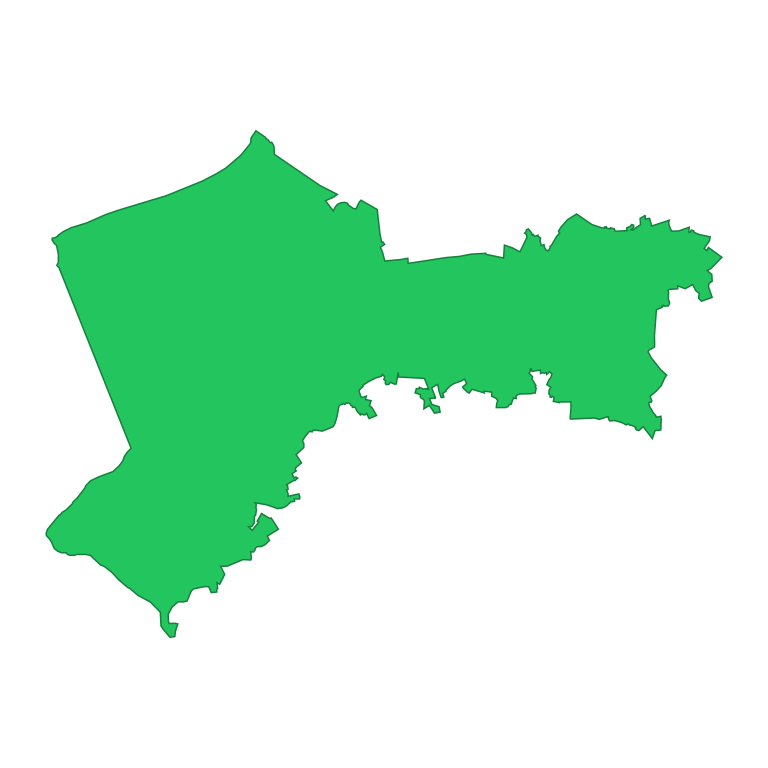 Los Córdobas, Córdoba, Colombia
{"feature_id": "7082276B12628358742837", "entity_name": "Los Córdobas", "entity_type": "district", "adm_level": 2, "iso_a3": "COL", "parent_name": "Colombia", "parent_adm1": "Córdoba", "projection": "albers", "projection_center": [-76.259, 8.823], "detail": "fine", "context": "isolated", "style": "filled", "palette": "green", "viewbox_px": 768, "rotation_deg": 0, "n_neighbors": 0, "source": "geoboundaries", "source_scale": "gbopen_adm2", "svg_char_len": 6092}
<svg xmlns="http://www.w3.org/2000/svg" viewBox="0 0 768 768"><path d="M576.5,214.0L567.5,219.7L561.0,227.1L558.4,231.2L559.6,233.2L556.5,236.6L551.4,245.4L550.2,246.1L550.1,247.7L548.4,250.7L546.0,250.1L544.3,246.9L544.0,244.6L541.3,245.7L540.1,240.6L540.6,238.1L538.2,236.3L538.0,235.2L534.7,236.4L533.3,234.4L531.9,235.1L531.6,232.8L528.3,228.9L526.4,229.8L526.0,231.9L524.6,233.1L526.6,234.6L527.0,237.3L519.9,251.9L512.3,247.8L504.4,245.1L503.6,258.0L485.9,254.3L485.7,253.3L470.7,254.2L459.5,256.4L446.7,257.5L408.2,263.4L407.8,258.3L400.1,259.6L384.8,261.0L382.4,251.8L380.3,247.1L384.7,244.4L382.9,241.9L381.6,242.2L380.0,234.1L377.2,209.5L361.0,200.2L359.3,202.1L355.9,209.0L353.5,208.6L348.8,205.3L347.2,203.1L344.3,202.3L340.5,202.9L337.6,204.3L335.2,207.0L333.3,210.9L325.5,200.8L333.7,197.0L337.3,194.4L319.6,185.3L274.4,154.4L274.0,146.6L272.3,143.0L271.6,142.3L270.2,142.6L268.0,139.8L265.8,138.4L265.7,137.5L255.9,130.8L251.6,137.2L250.9,139.0L250.8,142.5L249.8,144.2L240.8,155.3L225.6,168.2L216.3,173.8L202.0,181.2L166.0,195.8L118.1,210.3L105.9,214.5L86.5,223.0L71.2,227.7L63.3,231.6L58.0,235.4L57.8,236.2L54.6,237.9L52.3,238.1L52.1,240.0L54.3,243.4L56.6,245.5L58.4,254.7L58.3,262.5L56.8,265.3L59.0,267.7L131.1,448.3L127.2,452.2L124.5,456.1L122.7,461.1L118.9,466.1L112.9,471.6L98.8,476.8L90.5,480.8L85.6,485.9L84.8,488.2L76.9,498.3L73.2,501.8L72.4,503.7L66.0,510.0L62.2,512.3L60.7,514.3L58.8,515.5L47.6,529.1L46.1,533.4L46.5,535.7L49.6,539.1L51.9,542.9L54.3,548.6L57.8,551.3L61.6,552.8L65.8,552.7L67.8,554.6L69.7,555.3L74.3,555.3L76.2,554.5L85.7,554.4L90.4,555.4L100.4,564.9L104.3,566.4L112.0,572.5L119.0,580.1L127.5,587.3L130.2,588.8L138.3,595.6L150.3,602.0L160.3,612.2L161.0,626.0L162.9,628.9L169.9,637.2L174.4,636.7L174.9,636.4L175.3,631.7L177.8,623.9L175.3,623.3L169.0,623.5L168.4,620.9L168.2,614.3L172.1,607.1L178.1,601.8L183.6,601.9L187.0,601.1L191.4,590.8L193.8,588.8L204.8,586.6L208.0,586.7L208.9,587.0L211.2,592.6L216.8,592.0L216.7,589.5L217.7,588.5L217.0,582.8L219.7,584.3L224.7,574.4L220.6,566.3L227.1,566.2L242.9,559.6L250.8,560.0L251.4,558.7L250.7,551.7L253.3,552.1L254.8,550.4L255.6,547.9L257.2,546.7L261.5,546.5L265.2,544.6L269.5,540.4L267.3,536.1L278.4,529.2L271.2,518.0L269.6,518.4L261.5,513.5L257.2,521.2L258.7,522.2L252.2,530.3L248.7,526.8L251.9,526.5L254.1,523.2L254.5,516.4L255.6,515.0L256.5,509.7L255.9,507.8L256.3,504.6L255.1,502.8L266.9,504.8L277.4,508.6L282.3,508.0L286.0,506.3L290.8,502.0L294.6,501.3L294.4,498.9L299.5,499.0L299.9,497.1L298.9,493.9L288.1,496.3L288.1,493.8L286.6,490.0L288.1,489.4L287.4,484.8L285.9,485.1L294.2,480.2L295.0,480.6L297.7,478.1L296.0,477.0L293.8,477.7L292.1,473.6L296.3,470.9L295.3,470.1L295.7,467.6L301.5,462.9L296.1,454.6L303.8,447.6L303.9,443.7L302.5,440.8L304.9,436.8L309.5,431.3L312.2,431.9L312.9,430.4L315.1,430.1L322.4,431.1L333.0,426.8L335.0,423.4L337.1,416.3L338.9,406.2L340.3,404.8L342.3,404.3L343.2,403.4L344.8,404.5L346.2,403.0L347.4,403.3L348.2,402.8L349.8,403.4L351.0,405.5L351.9,405.7L352.5,407.4L354.6,407.2L355.9,408.4L356.7,410.8L360.2,414.8L360.5,414.0L361.1,414.6L362.5,414.1L363.4,414.9L365.1,414.8L366.6,413.4L369.1,418.6L376.6,415.5L372.2,407.9L369.5,405.6L371.1,400.7L365.5,399.5L366.3,396.1L363.4,397.2L361.1,397.2L359.0,391.1L359.9,389.4L363.1,386.4L362.7,385.4L369.5,381.1L376.0,377.9L381.5,376.2L382.5,374.4L384.7,376.9L383.8,379.6L385.6,380.6L385.2,382.9L386.0,384.5L388.6,384.5L390.6,382.3L394.2,384.1L396.3,384.0L398.1,372.4L398.7,377.0L424.4,378.4L428.7,389.1L427.4,389.4L427.3,388.6L423.1,389.0L419.5,387.3L419.2,388.3L416.3,388.8L415.1,392.9L420.3,394.6L420.4,397.5L423.4,399.4L424.4,400.9L423.9,408.8L429.4,405.4L434.5,413.2L440.1,412.1L439.1,406.7L431.9,404.5L429.4,398.4L435.1,398.3L434.8,397.4L435.4,397.3L431.7,387.9L436.6,384.8L437.7,384.5L439.0,391.1L441.0,397.3L442.0,397.7L443.9,397.0L442.7,393.3L446.0,391.2L445.9,390.2L450.6,385.6L453.7,383.7L461.4,380.9L464.3,379.1L466.6,383.0L465.3,384.8L462.8,386.7L463.0,388.0L467.6,392.3L469.2,393.1L472.0,389.3L484.2,392.9L483.8,391.9L484.3,391.2L491.7,392.1L491.7,396.2L496.0,398.3L497.7,400.6L496.7,403.7L496.3,407.6L505.7,407.6L508.1,406.6L509.5,404.3L511.1,404.3L513.5,398.0L516.2,398.5L516.0,396.4L516.6,395.3L519.6,394.0L531.8,393.7L533.2,392.9L535.1,393.2L536.2,388.3L535.2,386.7L536.0,385.6L532.0,379.0L532.5,376.7L529.1,373.1L530.5,371.1L530.3,369.0L531.4,369.0L531.3,370.3L532.0,371.3L540.4,370.2L540.5,373.5L542.3,372.7L544.2,373.2L546.3,372.5L546.7,374.4L549.6,371.7L551.9,374.0L551.0,377.2L548.9,379.9L546.8,384.6L550.8,387.3L549.1,390.0L548.9,394.0L550.1,395.0L550.1,397.1L551.4,397.4L552.2,396.2L554.3,397.5L553.3,401.4L559.5,402.6L559.8,402.0L570.9,401.9L571.0,407.5L570.1,418.3L570.6,419.1L594.3,418.0L599.3,419.4L607.9,416.6L608.4,416.9L608.2,417.9L609.5,420.9L615.0,420.6L621.6,422.5L626.3,424.9L628.6,423.9L630.1,425.3L631.3,425.0L635.8,427.5L635.4,428.6L636.6,430.0L638.9,430.5L643.2,426.7L652.3,438.6L655.1,430.6L660.8,430.0L661.2,419.4L660.9,416.3L656.3,417.2L655.6,415.3L653.2,412.6L649.8,406.8L648.9,404.2L649.0,402.4L651.4,402.1L651.8,400.8L650.1,396.3L656.6,390.8L661.4,385.4L664.6,378.1L666.7,375.2L660.4,369.4L651.1,357.6L648.2,352.0L648.4,350.5L654.6,346.9L654.5,335.1L656.4,309.8L662.3,307.2L662.0,306.1L663.5,305.3L663.9,306.2L668.4,305.9L669.7,302.8L668.3,299.1L668.6,292.2L667.9,290.3L669.6,289.4L677.7,288.8L677.8,285.9L685.2,288.7L692.7,284.5L695.8,290.7L699.4,293.6L698.6,296.7L698.8,298.5L701.5,301.2L712.2,297.4L708.4,286.5L709.1,283.3L712.2,281.3L711.8,274.5L707.2,270.5L710.9,268.6L721.9,257.3L708.4,247.4L707.0,250.6L704.1,248.5L709.4,240.9L710.2,236.9L698.9,234.4L693.9,232.3L693.9,231.0L691.3,230.1L690.1,232.4L688.8,232.1L689.2,227.2L678.6,231.0L671.5,231.1L669.0,225.2L668.7,222.3L669.3,220.2L651.8,226.0L649.5,218.3L645.4,219.2L645.3,215.9L644.8,215.6L640.1,218.4L640.5,224.8L636.7,227.1L633.3,230.0L631.2,229.8L633.7,227.4L633.7,225.2L631.7,224.5L629.6,226.8L626.7,227.7L627.1,230.6L616.6,231.2L615.1,231.1L614.3,228.9L610.4,227.8L609.9,228.9L606.8,228.1L606.2,226.7L604.6,227.0L604.8,228.2L601.7,227.8L592.0,224.6L576.5,214.0Z" fill="#22c55e" stroke="#15803d" stroke-width="1.5"/></svg>